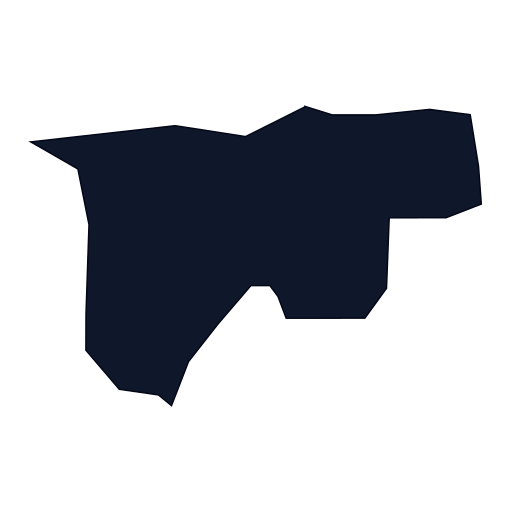 Kävlinge, Skåne, Sweden
{"feature_id": "70781695B14589656511888", "entity_name": "Kävlinge", "entity_type": "district", "adm_level": 2, "iso_a3": "SWE", "parent_name": "Sweden", "parent_adm1": "Skåne", "projection": "albers", "projection_center": [13.079, 55.8], "detail": "fine", "context": "isolated", "style": "filled", "palette": "ink", "viewbox_px": 512, "rotation_deg": 0, "n_neighbors": 0, "source": "geoboundaries", "source_scale": "gbopen_adm2", "svg_char_len": 533}
<svg xmlns="http://www.w3.org/2000/svg" viewBox="0 0 512 512"><path d="M30.7,141.9L39.0,146.6L77.9,169.0L89.0,224.7L86.0,313.9L85.9,350.2L119.3,389.3L158.4,394.9L171.5,405.6L188.5,361.6L218.3,323.6L250.9,285.6L269.9,285.6L278.0,296.5L286.2,318.2L316.0,318.2L364.9,318.1L371.7,308.7L386.5,288.3L389.2,217.8L446.1,217.7L475.2,206.4L481.3,204.1L478.5,166.1L470.2,114.7L429.6,109.4L403.1,112.1L375.5,114.9L332.2,114.9L305.0,106.4L305.1,106.8L245.5,136.6L175.1,125.7L30.7,141.9Z" fill="#0f172a" stroke="#020617" stroke-width="1.5"/></svg>